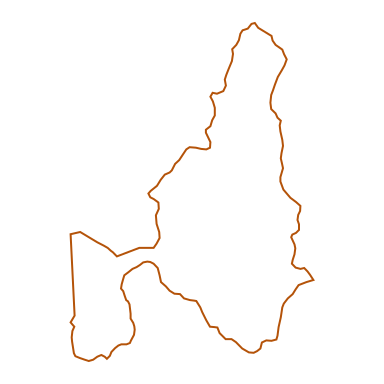 Muallim, Perak, Malaysia (Natural Earth projection)
{"feature_id": "92858781B90954683120897", "entity_name": "Muallim", "entity_type": "district", "adm_level": 2, "iso_a3": "MYS", "parent_name": "Malaysia", "parent_adm1": "Perak", "projection": "natural_earth1", "projection_center": [101.452, 3.898], "detail": "fine", "context": "isolated", "style": "outline", "palette": "amber", "viewbox_px": 384, "rotation_deg": 0, "n_neighbors": 0, "source": "geoboundaries", "source_scale": "gbopen_adm2", "svg_char_len": 2536}
<svg xmlns="http://www.w3.org/2000/svg" viewBox="0 0 384 384"><path d="M134.0,334.8L134.7,329.7L134.3,326.3L133.2,322.8L130.6,318.6L130.6,313.8L129.5,304.4L128.0,301.4L126.2,300.1L124.7,295.8L123.2,291.1L121.0,288.6L121.7,284.3L122.9,280.0L124.3,275.3L128.8,271.9L132.5,268.9L136.6,267.1L139.9,265.0L143.2,262.4L147.3,261.6L150.3,262.0L153.6,263.7L157.7,268.0L159.6,275.3L161.0,282.1L165.9,286.4L169.6,290.7L174.4,293.7L180.0,294.1L184.0,298.4L190.0,300.1L194.0,300.6L196.3,301.0L200.3,307.4L202.2,312.1L206.3,320.3L210.0,326.7L214.4,327.1L217.4,327.5L219.6,333.1L225.6,339.1L231.5,339.1L235.9,342.1L242.2,348.5L248.9,352.4L253.7,352.8L257.1,351.1L260.4,348.5L261.9,342.5L266.3,340.4L271.5,340.8L276.4,339.5L277.5,335.7L278.6,327.1L280.8,317.3L282.3,307.4L283.8,303.6L287.8,298.4L292.7,294.1L295.6,289.4L298.6,285.1L306.4,282.1L313.4,280.0L310.1,274.9L307.5,271.4L304.2,268.0L300.5,268.9L295.6,267.6L291.9,263.7L292.7,259.9L294.5,254.3L295.3,248.3L294.5,244.4L291.2,237.2L292.3,234.6L296.0,232.9L299.0,229.9L299.0,224.3L297.5,220.0L298.2,214.9L300.1,211.0L300.4,205.9L296.0,202.0L290.4,197.8L283.4,189.6L280.4,181.5L280.4,177.2L283.0,168.2L281.9,163.1L280.8,158.4L281.5,153.2L283.0,145.9L282.3,139.9L280.4,131.4L279.7,125.4L280.8,120.7L277.5,117.7L275.6,113.4L271.2,109.1L270.4,102.7L271.2,95.0L273.0,90.3L274.9,84.7L277.8,77.0L281.9,70.1L284.5,65.4L286.7,59.4L286.6,59.1L284.1,54.3L282.3,49.6L275.6,44.9L272.6,40.6L271.5,35.9L269.3,34.6L258.2,27.8L254.8,23.0L251.5,23.9L247.8,28.6L244.2,29.8L242.6,30.3L240.4,33.7L238.9,40.2L236.3,44.9L232.2,49.2L233.0,53.9L231.9,61.1L228.5,69.3L226.3,74.9L224.8,79.6L225.9,85.6L223.3,91.1L217.0,93.7L212.6,92.8L210.4,96.7L212.9,101.4L214.8,107.8L214.8,115.5L212.2,120.2L210.4,126.2L205.9,129.7L205.9,132.7L210.4,142.1L210.0,147.7L206.3,149.4L201.1,148.9L195.9,147.7L189.6,147.2L186.3,149.4L182.9,154.5L179.2,160.1L175.1,163.9L171.8,170.4L169.6,172.5L164.8,174.6L160.7,179.8L157.0,185.8L150.7,190.9L148.4,193.5L150.3,197.3L153.6,199.0L158.4,202.5L158.8,208.9L155.9,215.3L156.6,223.9L159.2,232.0L159.6,238.0L156.6,243.6L153.6,247.9L139.2,247.9L116.9,256.4L112.8,252.2L111.0,250.9L107.7,247.9L103.9,245.7L97.3,242.3L80.2,232.0L70.6,234.2L74.6,315.6L70.6,322.4L72.4,324.5L74.3,326.7L72.4,331.0L71.7,337.4L72.1,341.7L73.9,353.2L75.4,356.2L79.8,358.0L84.7,359.7L88.7,361.0L93.2,359.7L97.3,356.7L101.3,355.0L104.7,356.7L106.9,358.8L109.9,355.8L111.4,352.0L115.1,348.1L118.4,345.5L121.4,344.3L126.6,344.3L129.9,343.0L131.0,340.4L131.2,340.1L134.0,334.8Z" fill="none" stroke="#b45309" stroke-width="2"/></svg>